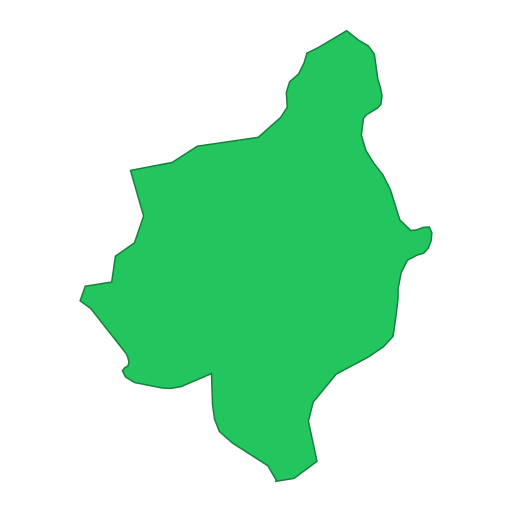 SVG path tracing the border of Nebbi
{"feature_id": "UGA-3084", "entity_name": "Nebbi", "entity_type": "District", "adm_level": 1, "iso_a3": "UGA", "parent_name": "Uganda", "parent_adm1": "", "projection": "robinson", "projection_center": [31.298, 2.468], "detail": "fine", "context": "isolated", "style": "filled", "palette": "green", "viewbox_px": 512, "rotation_deg": 0, "n_neighbors": 0, "source": "natural_earth", "source_scale": "10m", "svg_char_len": 1064}
<svg xmlns="http://www.w3.org/2000/svg" viewBox="0 0 512 512"><path d="M170.8,388.4L162.3,388.0L134.8,382.6L125.7,377.2L122.4,370.8L124.5,367.9L128.0,365.8L129.0,361.8L127.5,356.5L126.1,353.5L90.7,308.5L80.1,300.8L85.3,286.2L111.7,282.0L115.4,256.2L134.5,242.8L143.6,216.0L130.5,170.4L172.2,162.4L197.3,146.2L258.2,137.3L280.7,117.4L287.3,107.1L286.3,92.5L289.6,81.8L298.6,73.9L304.1,62.8L306.9,53.2L318.6,47.4L346.6,30.7L358.8,40.3L368.2,45.8L374.4,54.2L377.8,79.2L380.4,87.3L382.0,95.8L380.9,104.4L377.4,108.2L366.7,114.6L363.4,118.5L361.4,135.2L365.8,150.2L373.9,163.4L382.8,174.7L390.3,189.5L399.9,220.0L410.8,230.5L416.2,230.0L423.2,227.4L429.3,227.0L431.9,232.9L431.1,240.9L428.4,248.0L423.7,253.2L416.9,255.2L407.5,260.2L401.2,272.6L398.1,288.6L398.0,298.9L395.7,318.1L393.1,336.3L383.4,346.8L368.7,356.8L336.3,374.1L313.2,402.1L308.4,421.2L317.0,461.3L294.0,478.4L275.9,481.3L276.1,479.9L275.0,478.0L267.9,465.8L232.4,443.0L219.4,431.5L214.6,419.3L212.5,404.3L211.5,373.6L181.2,386.6L170.8,388.4Z" fill="#22c55e" stroke="#15803d" stroke-width="1.5"/></svg>